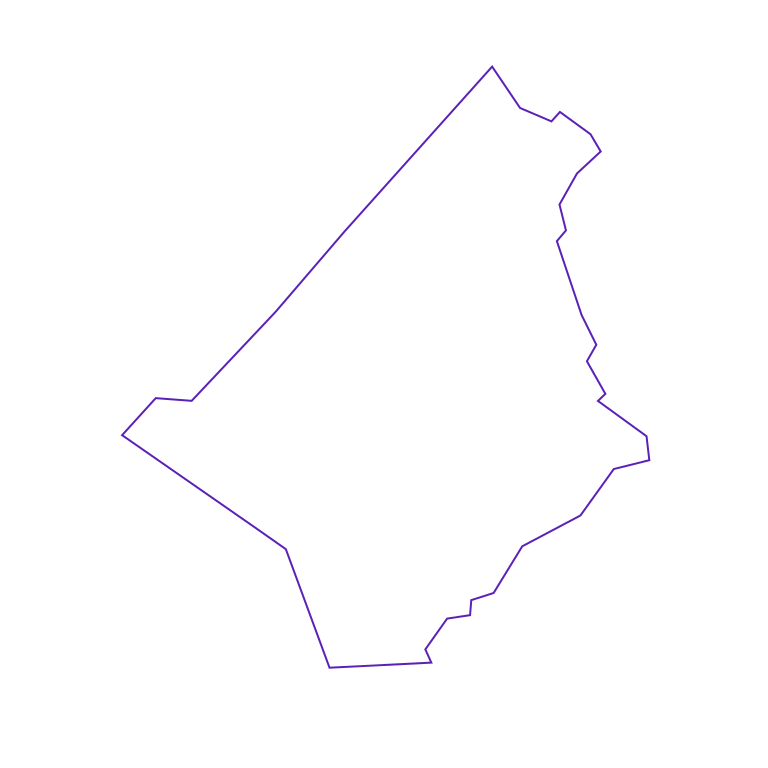 Gilmer, West Virginia, United States of America (Robinson projection), rotated 166°
{"feature_id": "52423323B25764117522336", "entity_name": "Gilmer", "entity_type": "district", "adm_level": 2, "iso_a3": "USA", "parent_name": "United States of America", "parent_adm1": "West Virginia", "projection": "robinson", "projection_center": [-80.912, 38.914], "detail": "fine", "context": "isolated", "style": "outline", "palette": "violet", "viewbox_px": 768, "rotation_deg": 166, "n_neighbors": 0, "source": "geoboundaries", "source_scale": "gbopen_adm2", "svg_char_len": 586}
<svg xmlns="http://www.w3.org/2000/svg" viewBox="0 0 768 768"><g transform="rotate(166 384 384)"><path d="M145.0,245.9L141.9,269.8L180.5,315.8L171.6,320.9L181.6,357.0L168.5,370.7L175.6,403.2L181.7,480.8L170.3,489.0L170.3,515.7L145.8,541.6L117.5,557.2L123.2,576.4L147.5,605.4L158.0,598.3L185.2,618.9L202.3,665.8L385.6,541.4L471.8,480.2L574.7,414.2L608.9,425.5L650.5,397.7L546.9,279.4L519.2,247.5L505.5,121.9L405.5,102.2L408.1,116.5L379.5,141.1L356.4,138.9L351.6,153.2L328.2,154.7L289.1,193.1L225.2,208.9L181.6,245.9L145.0,245.9Z" fill="none" stroke="#5b21b6" stroke-width="2"/></g></svg>